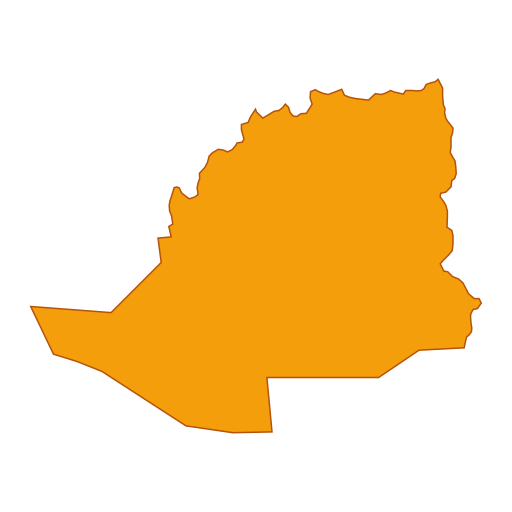 Kuala Krai, Kelantan, Malaysia (Albers equal-area conic projection)
{"feature_id": "92858781B31305353938168", "entity_name": "Kuala Krai", "entity_type": "district", "adm_level": 2, "iso_a3": "MYS", "parent_name": "Malaysia", "parent_adm1": "Kelantan", "projection": "albers", "projection_center": [102.231, 5.431], "detail": "fine", "context": "isolated", "style": "filled", "palette": "amber", "viewbox_px": 512, "rotation_deg": 0, "n_neighbors": 0, "source": "geoboundaries", "source_scale": "gbopen_adm2", "svg_char_len": 1936}
<svg xmlns="http://www.w3.org/2000/svg" viewBox="0 0 512 512"><path d="M255.5,109.2L250.4,117.1L248.1,122.5L241.4,124.5L241.4,129.6L242.5,133.7L244.0,139.1L242.2,142.2L237.1,142.9L235.3,146.0L232.2,149.6L227.6,151.9L223.5,150.1L218.4,149.3L212.5,152.7L209.2,156.0L207.4,162.7L204.8,167.5L201.7,170.9L199.4,173.4L199.7,178.5L198.1,182.9L197.1,187.8L198.1,194.4L194.8,197.0L189.2,198.8L187.4,197.5L181.7,193.1L179.2,187.8L176.9,187.0L174.2,187.6L170.8,198.5L170.0,200.5L169.2,205.3L169.6,210.9L171.6,216.1L172.8,224.1L168.8,226.5L171.2,236.9L158.0,238.1L161.2,262.5L111.1,312.6L30.7,306.5L53.5,354.2L76.7,361.4L101.9,371.4L186.0,425.9L232.8,432.7L272.0,431.9L266.9,377.5L378.6,377.5L419.0,350.2L464.2,347.8L465.4,341.8L466.6,337.0L469.0,335.0L471.4,331.8L471.8,328.2L471.0,323.0L470.6,318.2L470.6,314.6L472.2,311.0L473.4,309.4L477.4,308.6L481.3,303.1L479.0,298.6L474.2,298.6L468.6,293.8L463.0,283.0L458.6,279.0L452.6,276.6L447.8,271.8L443.8,271.0L440.2,263.8L443.4,260.2L448.6,255.0L452.2,250.6L453.0,244.2L453.0,235.7L451.8,230.5L447.0,227.3L447.4,216.1L447.4,210.9L445.8,205.3L443.4,201.3L440.2,196.9L440.6,193.3L445.8,192.1L451.0,186.9L451.8,180.5L454.6,178.5L456.2,173.7L455.8,166.9L455.0,160.9L452.6,156.9L450.2,152.5L451.0,147.3L451.0,141.3L451.0,137.3L452.6,132.9L453.0,128.1L447.4,120.9L445.8,118.1L444.6,112.9L445.0,108.5L443.4,104.9L442.6,96.1L442.6,92.1L442.6,88.1L438.1,79.3L435.3,81.7L430.5,82.9L426.1,84.5L424.1,88.5L421.3,90.5L417.3,90.9L412.1,90.5L405.7,90.5L403.3,94.1L394.5,92.1L390.5,90.5L386.1,92.9L381.3,94.5L375.3,93.7L368.5,100.1L355.3,98.5L349.7,97.3L344.5,95.3L341.7,89.3L332.5,92.9L328.1,94.5L322.9,93.3L318.9,91.7L315.3,89.7L310.5,91.7L310.1,98.1L312.1,104.1L309.7,108.1L308.1,110.5L306.5,113.3L300.9,113.7L296.9,116.5L293.3,116.1L290.1,112.5L288.5,107.3L285.3,104.1L282.5,107.7L278.9,110.5L274.1,111.3L262.9,118.1L256.5,112.1L255.7,109.7L255.5,109.2Z" fill="#f59e0b" stroke="#b45309" stroke-width="1.5"/></svg>